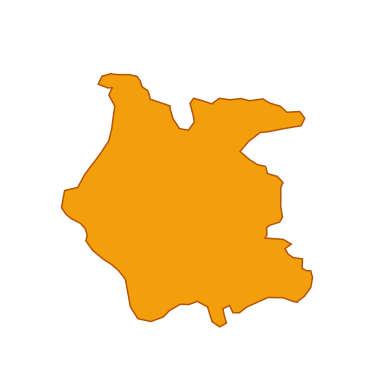 Trimithousa, Paphos, Cyprus, rotated 73°
{"feature_id": "46923920B86597490798508", "entity_name": "Trimithousa", "entity_type": "district", "adm_level": 2, "iso_a3": "CYP", "parent_name": "Cyprus", "parent_adm1": "Paphos", "projection": "mercator", "projection_center": [32.483, 34.974], "detail": "fine", "context": "isolated", "style": "filled", "palette": "amber", "viewbox_px": 384, "rotation_deg": 73, "n_neighbors": 0, "source": "geoboundaries", "source_scale": "gbopen_adm2", "svg_char_len": 1561}
<svg xmlns="http://www.w3.org/2000/svg" viewBox="0 0 384 384"><g transform="rotate(73 192 192)"><path d="M102.8,163.0L106.7,168.0L119.4,168.5L125.7,169.2L131.8,177.4L127.7,185.5L116.2,188.8L106.4,188.6L103.2,187.9L91.0,204.9L86.2,204.4L82.0,204.8L76.7,209.0L71.0,209.0L65.4,210.7L61.3,218.0L58.5,227.5L56.1,233.3L55.2,234.6L54.9,244.1L61.5,250.2L67.7,242.3L69.0,237.9L75.0,243.2L87.3,240.7L99.2,246.3L108.6,250.5L118.9,256.8L128.0,267.8L133.4,275.0L143.5,289.0L154.2,300.0L153.4,313.4L168.9,321.4L176.7,318.9L182.0,315.4L189.4,307.8L195.6,304.9L202.4,304.7L207.8,307.8L218.7,304.1L230.3,296.5L237.3,290.5L237.4,290.4L245.3,285.4L255.9,281.2L270.6,282.9L283.9,284.5L297.3,280.8L303.8,269.3L303.1,256.0L298.7,248.0L295.9,236.0L298.7,228.0L298.1,219.0L306.4,210.7L321.9,210.7L329.1,204.9L327.4,197.3L320.2,197.3L312.7,196.6L311.5,189.3L319.4,188.1L321.4,182.0L318.0,173.3L316.3,159.9L315.1,150.2L319.7,135.8L326.2,127.3L328.2,123.4L327.7,123.3L324.5,114.9L318.0,106.3L308.9,101.7L304.0,101.6L302.2,101.4L300.6,105.8L297.1,109.0L288.2,105.9L284.5,114.2L280.0,118.0L273.4,119.7L270.9,112.3L264.0,118.6L257.4,135.6L255.1,133.0L248.0,131.1L246.5,127.5L246.4,117.1L242.7,112.9L231.2,111.3L225.6,109.4L213.6,105.8L209.7,102.2L202.0,105.9L196.5,114.4L189.1,114.2L184.9,121.4L178.1,127.4L167.3,134.2L160.2,123.1L155.0,109.5L156.8,100.6L158.1,86.8L160.5,68.2L154.5,62.6L146.6,65.4L143.5,77.9L135.9,82.4L129.6,91.8L123.7,96.9L121.6,110.2L117.0,117.8L114.9,128.8L110.4,138.4L113.5,147.3L107.8,155.3L102.8,163.0Z" fill="#f59e0b" stroke="#b45309" stroke-width="1.5"/></g></svg>